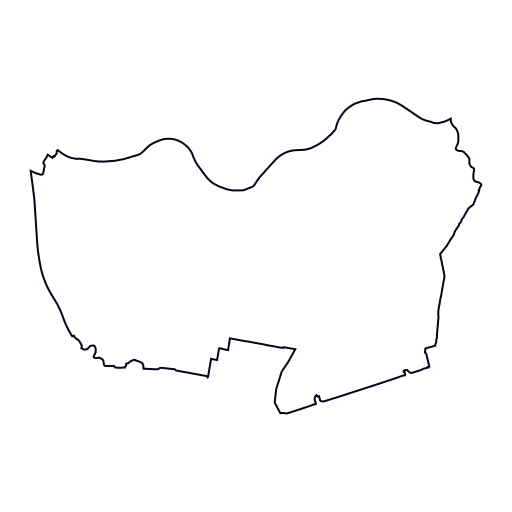 Halderberge, Noord-Brabant, Netherlands (Albers equal-area conic projection)
{"feature_id": "6326949B33385594138749", "entity_name": "Halderberge", "entity_type": "district", "adm_level": 2, "iso_a3": "NLD", "parent_name": "Netherlands", "parent_adm1": "Noord-Brabant", "projection": "albers", "projection_center": [4.523, 51.59], "detail": "fine", "context": "isolated", "style": "outline", "palette": "ink", "viewbox_px": 512, "rotation_deg": 0, "n_neighbors": 0, "source": "geoboundaries", "source_scale": "gbopen_adm2", "svg_char_len": 5977}
<svg xmlns="http://www.w3.org/2000/svg" viewBox="0 0 512 512"><path d="M450.7,118.7L447.6,120.3L444.5,121.6L438.5,123.1L436.5,123.2L434.5,123.0L433.1,122.7L431.5,122.0L425.8,120.5L424.1,119.9L421.8,118.9L419.3,117.4L415.2,114.6L414.0,114.0L413.7,113.6L413.0,113.1L403.2,106.5L400.9,105.0L398.3,103.6L396.1,102.5L392.7,101.2L390.2,100.4L387.1,99.7L383.4,99.1L377.6,98.7L373.6,99.0L371.3,99.4L364.8,100.9L361.7,101.3L360.3,101.7L359.7,102.0L355.1,103.6L353.2,104.5L348.4,107.7L346.9,108.9L344.9,110.8L343.6,112.4L340.6,116.6L338.5,120.2L337.7,122.0L336.6,125.2L335.7,128.8L335.5,129.2L334.9,130.1L333.9,131.3L330.8,134.6L328.6,136.4L328.1,137.0L325.8,139.1L324.1,140.5L320.4,143.1L317.3,145.0L311.1,148.1L307.4,149.2L305.4,149.6L302.6,149.9L295.2,150.2L291.4,150.7L287.0,152.0L283.9,153.4L281.5,154.8L279.4,156.2L277.1,158.1L275.7,159.5L271.4,164.2L265.9,170.3L263.0,173.6L261.6,175.0L259.6,177.3L257.3,180.5L256.4,181.9L255.5,183.1L254.6,184.7L253.2,186.2L251.9,187.0L248.1,188.4L247.0,188.9L244.3,190.0L242.9,190.3L240.9,190.4L232.1,190.4L229.7,189.9L226.4,189.1L219.5,186.6L216.4,185.1L213.3,183.4L210.8,181.5L208.1,178.9L206.2,176.7L197.9,165.5L196.0,162.6L195.0,160.6L193.2,156.6L192.4,154.3L191.3,152.0L190.6,150.9L189.0,148.6L187.8,147.2L185.6,145.2L183.2,143.4L181.8,142.4L178.5,140.8L176.1,139.9L174.1,139.3L170.2,138.8L166.2,138.8L162.7,139.4L160.1,140.2L155.2,142.2L151.4,144.2L149.5,145.4L147.4,147.3L142.7,151.9L141.6,152.8L140.2,153.9L137.9,154.9L124.6,158.9L121.3,159.6L114.8,160.8L103.8,161.6L98.5,161.5L94.9,161.1L83.1,159.1L78.7,158.6L77.3,159.0L73.0,158.2L71.3,158.0L68.7,157.0L65.4,155.5L61.9,153.3L57.6,150.1L56.7,151.1L56.7,152.2L56.5,153.6L54.4,156.6L53.6,156.0L52.4,157.8L47.8,154.7L46.6,157.1L45.7,158.7L44.9,159.6L43.9,161.2L43.4,162.6L43.4,163.2L43.6,163.5L44.2,164.3L44.6,165.0L44.7,165.3L44.7,166.1L44.5,166.9L44.2,167.8L43.8,170.1L43.7,170.9L43.1,173.3L42.7,174.2L42.4,174.4L42.1,174.6L40.4,174.6L39.7,174.4L37.6,173.6L37.4,173.5L37.1,173.7L30.7,170.9L33.7,193.7L34.3,199.2L34.7,204.6L37.2,243.0L37.6,247.5L38.0,251.4L39.5,261.1L40.7,267.5L41.8,272.1L42.7,275.1L44.3,279.8L45.6,283.1L47.3,286.9L48.6,289.5L50.6,293.1L53.9,298.7L54.9,300.1L56.1,302.3L56.7,303.1L58.1,305.8L60.0,309.8L61.1,312.2L62.1,314.9L64.5,321.3L66.4,325.8L68.9,330.7L70.7,333.8L72.2,336.3L73.9,335.7L74.4,336.9L74.7,337.4L75.6,338.1L77.8,339.7L78.9,340.6L81.0,343.9L81.5,345.1L81.8,346.1L81.4,348.2L82.5,348.7L83.4,349.4L84.4,349.6L85.7,349.5L86.8,349.2L87.9,348.5L89.1,347.3L89.9,346.3L90.5,346.0L91.3,345.7L93.2,345.4L94.2,345.8L94.9,346.6L95.3,347.4L95.6,348.6L95.7,349.6L95.7,350.3L95.6,352.3L95.1,353.5L93.9,355.9L93.7,356.5L93.7,357.1L93.9,357.4L94.3,357.8L96.0,358.0L96.7,358.1L98.6,357.7L99.2,357.7L100.7,358.4L102.4,359.4L103.0,360.1L103.3,360.8L103.6,362.3L103.8,363.0L103.9,364.0L104.0,364.8L104.8,365.9L114.0,366.0L115.1,367.5L119.5,367.8L124.7,367.5L124.6,367.2L124.7,366.9L125.5,366.5L126.1,365.7L126.2,365.1L126.1,363.9L126.2,363.6L126.5,363.5L128.2,363.2L129.6,362.0L130.3,361.4L133.7,359.9L134.6,359.8L136.0,360.4L136.0,360.6L139.0,361.4L142.1,363.0L142.6,363.7L143.2,365.0L143.4,366.9L143.5,368.7L144.3,368.8L144.5,368.7L149.8,369.0L156.7,369.3L157.8,369.2L159.8,368.1L160.4,367.9L161.3,367.8L174.7,369.3L175.1,369.5L175.8,370.3L176.1,370.5L206.2,376.0L206.6,376.2L207.2,376.6L207.4,376.8L207.6,377.3L208.0,377.0L211.1,358.9L217.1,360.0L219.1,348.3L221.9,348.5L222.3,349.0L228.1,350.1L229.9,338.4L246.1,341.3L247.2,341.4L253.7,342.6L262.6,344.2L269.3,345.6L271.5,345.9L280.9,347.7L283.3,347.8L283.4,347.3L283.6,347.2L295.3,349.2L288.1,362.1L282.8,370.0L281.6,372.0L276.2,389.1L276.2,389.7L276.1,390.2L275.8,392.7L274.7,402.6L280.3,413.2L282.4,413.0L283.6,413.0L285.4,413.3L287.5,413.3L308.0,406.6L311.8,405.3L314.1,404.3L314.3,404.5L314.8,404.4L314.6,404.1L315.3,403.9L315.4,404.2L315.6,404.1L315.9,403.8L315.9,403.5L314.7,400.1L314.7,398.8L314.9,397.5L315.0,396.9L315.4,396.4L315.7,396.2L316.4,395.2L317.7,396.2L317.8,396.5L319.0,396.2L320.0,399.6L320.1,400.4L320.4,400.8L320.6,401.0L321.1,401.2L323.1,401.5L323.8,401.4L337.1,397.3L384.5,381.9L398.0,377.4L403.4,375.4L404.1,375.4L404.0,375.2L404.6,375.0L404.9,375.2L405.2,374.9L405.3,374.6L404.5,372.2L403.8,371.9L403.6,371.2L404.1,370.5L406.8,369.9L409.9,372.6L410.8,372.9L411.8,372.9L420.8,370.1L423.3,368.8L428.2,367.5L427.9,366.9L429.3,366.5L426.3,354.0L425.6,352.8L425.0,352.6L425.0,351.6L425.5,348.4L435.2,345.7L435.1,345.1L435.1,344.8L435.8,343.3L436.3,341.8L436.4,339.1L436.8,338.2L437.0,336.8L436.9,335.0L437.5,328.5L437.8,324.8L438.3,319.0L438.5,318.0L438.4,316.1L438.2,314.9L438.3,314.1L438.3,310.7L438.5,310.1L438.9,306.9L439.3,305.4L440.4,298.6L441.3,295.1L441.4,294.0L441.8,292.0L442.0,290.3L442.5,288.1L442.6,286.7L443.0,285.1L443.3,282.9L443.8,280.5L444.0,279.0L444.5,277.0L444.5,276.4L444.4,275.9L444.3,274.7L443.9,273.4L443.7,271.1L443.2,269.8L443.1,269.3L443.0,267.4L442.8,266.9L442.4,266.0L442.3,264.9L441.9,263.2L441.8,262.0L440.8,258.3L440.8,257.2L440.2,254.8L440.1,254.1L446.8,245.8L450.6,239.4L453.2,235.7L454.1,233.8L454.5,232.4L454.8,231.8L455.7,230.1L457.1,228.0L457.8,226.9L458.6,225.9L459.1,224.9L459.0,224.6L459.0,224.3L459.2,223.7L460.5,222.5L460.9,222.0L461.2,221.4L461.4,220.2L461.6,219.7L463.6,217.1L464.9,214.6L468.7,208.1L472.9,204.9L473.2,204.7L473.4,204.3L475.6,198.6L478.7,192.3L479.2,190.5L478.7,190.3L480.0,187.3L480.4,186.6L481.1,185.8L481.3,185.3L481.2,184.2L480.4,183.4L479.0,182.5L474.9,181.3L474.2,180.3L473.7,179.5L473.5,178.9L473.3,177.9L473.4,174.2L474.1,169.6L474.1,169.0L474.0,168.7L473.6,168.2L472.0,167.3L470.9,166.5L470.5,166.0L469.7,164.4L469.4,163.5L469.3,162.5L469.4,159.2L469.3,158.5L469.1,158.2L466.8,155.1L463.7,151.9L462.9,151.5L461.9,151.2L459.1,150.9L457.5,150.5L456.4,149.8L455.9,149.1L455.8,148.3L456.0,147.7L457.9,143.3L458.1,142.2L458.4,140.4L458.3,135.6L458.1,133.4L457.7,132.2L457.2,130.9L456.3,129.1L455.3,127.8L454.0,126.7L452.5,124.9L451.4,122.9L451.0,121.8L450.8,120.0L450.7,118.7Z" fill="none" stroke="#020617" stroke-width="2"/></svg>